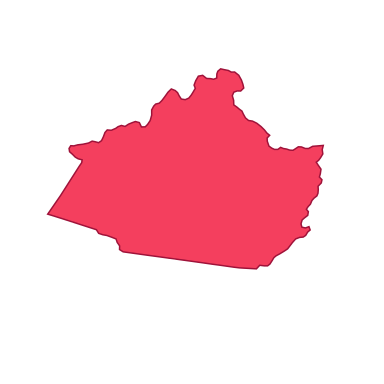 outline of Bom Jardim, Rio de Janeiro, Brazil, rotated 332°
{"feature_id": "56859067B55012007485674", "entity_name": "Bom Jardim", "entity_type": "district", "adm_level": 2, "iso_a3": "BRA", "parent_name": "Brazil", "parent_adm1": "Rio de Janeiro", "projection": "albers", "projection_center": [-42.342, -22.206], "detail": "fine", "context": "isolated", "style": "filled", "palette": "rose", "viewbox_px": 384, "rotation_deg": 332, "n_neighbors": 0, "source": "geoboundaries", "source_scale": "gbopen_adm2", "svg_char_len": 2270}
<svg xmlns="http://www.w3.org/2000/svg" viewBox="0 0 384 384"><g transform="rotate(332 192 192)"><path d="M275.1,96.7L271.5,97.5L269.4,99.4L267.3,103.0L264.0,102.6L261.6,100.6L258.2,98.6L256.2,94.0L252.0,92.7L247.5,95.5L244.0,98.6L243.6,102.0L239.4,104.6L236.6,106.2L233.2,107.6L229.4,107.3L226.2,104.9L225.8,100.9L225.9,97.5L224.8,94.5L222.1,91.3L217.7,92.6L212.5,95.2L208.4,97.1L204.8,98.2L201.2,97.3L198.5,98.2L194.9,100.6L192.5,105.2L188.6,109.3L184.5,111.5L181.3,112.5L177.9,110.8L178.1,106.0L175.1,103.2L171.7,102.7L167.8,102.3L163.7,102.7L160.9,100.1L157.4,99.6L154.5,100.0L149.7,99.6L146.3,97.4L143.1,98.6L139.6,101.7L136.2,104.2L132.7,104.6L129.9,102.0L127.7,100.2L123.7,100.2L118.1,98.6L113.2,96.7L109.3,95.8L106.7,94.2L103.9,95.8L102.8,99.0L104.1,102.4L105.3,106.4L107.1,109.3L110.1,112.0L108.4,114.3L104.4,116.4L74.1,133.5L54.2,143.8L58.4,148.0L64.9,154.6L89.9,180.4L90.2,184.7L93.2,187.9L96.4,190.4L100.1,194.5L102.9,197.8L102.3,201.4L102.8,205.6L101.0,208.8L103.1,212.5L122.0,226.2L135.5,235.9L158.9,252.8L164.4,256.8L166.9,258.6L176.9,265.9L181.8,269.4L193.6,278.0L198.2,281.2L212.8,290.1L217.4,288.5L221.1,291.1L224.1,292.7L227.0,292.2L230.7,290.1L233.5,288.4L236.4,287.8L240.4,287.8L245.7,287.5L249.7,287.1L253.0,285.6L256.9,283.8L261.5,282.1L265.7,282.6L269.0,284.0L272.0,283.7L275.3,281.7L278.5,281.0L279.0,277.5L275.3,277.0L272.5,274.6L273.3,271.3L276.1,268.4L279.0,267.7L283.2,267.0L285.5,264.0L284.9,260.9L287.7,259.4L290.9,258.3L293.9,255.8L296.9,254.7L300.4,254.1L302.6,252.3L304.6,249.2L306.0,246.1L310.4,244.7L312.5,242.2L311.5,238.6L313.9,236.1L316.6,232.4L316.0,227.4L315.7,224.0L318.6,223.5L321.6,222.1L325.4,219.8L326.9,215.7L329.8,212.5L324.6,210.3L320.0,208.3L315.3,208.3L312.4,206.7L309.8,203.6L307.1,202.0L304.3,202.3L300.8,202.6L298.1,201.0L295.7,198.5L293.1,196.5L291.2,194.2L287.8,194.7L284.8,193.1L283.0,190.7L281.5,187.6L282.3,182.5L283.7,179.6L287.2,178.4L285.8,175.1L285.1,171.2L283.7,166.7L281.5,161.7L278.7,157.8L275.5,155.4L274.0,151.7L273.9,147.2L274.1,144.0L272.7,141.1L271.6,138.3L269.8,134.7L271.8,130.6L272.8,125.9L275.8,123.5L279.4,124.0L282.4,125.7L286.5,124.5L287.5,120.9L288.2,116.4L288.1,110.9L286.0,106.1L283.0,104.6L281.2,101.8L277.9,99.1L275.1,96.7Z" fill="#f43f5e" stroke="#9f1239" stroke-width="1.5"/></g></svg>